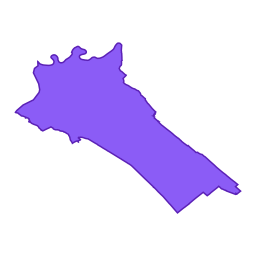 outline of Suharau, Botosani, Romania
{"feature_id": "2599482B9614672235504", "entity_name": "Suharau", "entity_type": "district", "adm_level": 2, "iso_a3": "ROU", "parent_name": "Romania", "parent_adm1": "Botosani", "projection": "equal_earth", "projection_center": [26.43, 48.129], "detail": "fine", "context": "isolated", "style": "filled", "palette": "violet", "viewbox_px": 256, "rotation_deg": 0, "n_neighbors": 0, "source": "geoboundaries", "source_scale": "gbopen_adm2", "svg_char_len": 5498}
<svg xmlns="http://www.w3.org/2000/svg" viewBox="0 0 256 256"><path d="M237.8,184.6L234.6,181.9L233.2,180.9L232.1,180.0L230.9,179.1L229.0,177.5L227.0,175.9L225.6,174.6L223.3,172.9L222.9,172.6L219.9,170.1L216.7,167.4L214.1,164.9L210.0,161.3L205.1,156.8L204.0,156.2L203.3,155.5L203.0,155.3L202.0,154.4L201.0,154.3L200.0,153.9L199.5,153.5L198.5,153.2L197.7,152.3L196.4,152.4L196.0,152.5L194.0,150.6L191.9,148.9L191.1,148.2L189.8,147.1L188.1,145.5L187.6,145.8L187.4,145.8L184.9,143.9L184.4,143.6L181.5,141.3L181.2,140.8L180.1,139.9L178.8,138.6L178.0,138.0L177.5,137.9L176.6,137.0L175.8,136.5L174.0,135.0L172.6,133.7L169.9,131.5L167.0,129.3L163.0,126.1L162.4,125.6L161.6,125.1L160.8,124.3L160.1,123.6L159.2,122.8L158.9,122.0L159.0,122.0L159.1,121.9L158.8,121.8L158.7,121.5L158.4,121.5L158.2,121.5L158.2,121.2L157.8,121.1L157.8,120.8L157.6,120.8L155.8,119.3L155.3,118.8L155.0,118.6L154.3,118.0L154.6,117.0L154.1,116.8L153.8,116.4L153.7,116.0L153.4,115.9L153.7,115.8L153.7,115.4L154.0,115.3L153.8,114.8L154.0,114.7L154.4,115.0L154.5,114.8L154.4,114.4L154.8,114.3L154.7,114.1L154.3,114.0L154.4,113.7L154.6,113.6L154.7,114.0L154.9,114.0L155.1,113.9L155.2,113.4L155.1,113.1L155.3,113.0L155.1,112.7L155.5,112.4L155.8,112.0L153.8,110.2L153.6,110.0L153.6,109.9L152.8,109.1L152.6,109.0L148.5,104.0L148.4,104.0L147.5,103.1L146.8,102.1L146.4,101.2L145.9,100.9L145.5,100.3L145.3,100.0L145.3,99.7L145.4,99.3L145.3,98.7L144.0,97.7L143.3,97.0L142.0,95.8L141.2,95.3L140.9,95.1L140.5,93.7L140.3,93.2L139.4,92.0L139.1,91.7L138.8,91.2L138.4,90.8L136.8,90.3L135.2,89.2L134.6,88.9L133.5,88.6L132.4,88.2L130.1,86.8L128.4,85.6L125.6,84.4L124.0,83.1L123.9,82.9L123.5,82.4L123.8,81.6L123.8,80.8L123.5,79.6L123.1,78.5L123.2,78.3L124.0,77.6L126.1,75.4L126.2,75.2L125.1,74.6L121.7,71.5L120.4,70.8L120.0,69.9L119.8,69.8L119.5,69.2L119.2,68.5L119.4,68.1L119.8,66.8L120.3,66.1L121.0,65.5L121.3,65.1L121.4,64.8L121.5,64.2L121.5,62.1L121.4,61.4L121.6,60.8L122.1,60.4L121.9,59.4L121.9,57.5L121.7,53.3L121.4,52.4L121.5,52.2L121.4,51.2L121.3,50.5L121.5,47.8L121.7,45.1L120.2,43.5L119.9,43.3L118.6,43.1L117.8,43.2L117.5,43.3L116.9,43.8L115.6,45.3L114.9,46.5L114.3,47.8L113.7,48.9L113.2,49.5L111.5,50.9L107.2,53.9L104.5,56.0L102.9,57.0L100.7,57.9L99.7,58.2L97.6,58.4L97.3,58.3L96.7,58.1L95.2,57.3L94.5,57.1L93.2,57.2L92.2,57.5L91.7,57.9L90.5,59.0L89.7,59.5L88.5,60.2L87.7,60.3L86.9,60.3L86.2,60.1L85.0,60.1L83.9,59.8L82.5,59.6L81.7,59.4L81.0,59.1L80.4,58.7L80.0,58.2L79.6,57.6L79.4,56.9L79.5,56.0L79.7,55.7L79.9,55.4L80.2,55.2L81.9,54.5L83.8,54.1L84.6,53.9L85.3,53.6L85.8,53.2L86.2,52.7L86.3,52.0L86.2,51.3L85.8,50.7L85.3,50.2L84.7,49.8L84.0,49.5L82.9,49.3L81.5,48.8L80.9,48.5L78.8,46.6L78.4,46.5L78.1,46.4L77.3,46.5L75.8,47.3L74.7,47.8L73.6,48.8L73.0,49.6L72.6,50.1L71.8,51.9L71.6,52.4L72.2,53.0L72.2,53.7L72.0,54.4L71.6,55.0L71.4,55.3L71.1,55.5L70.2,56.6L70.0,56.9L68.5,58.0L67.2,58.8L65.9,59.6L64.0,61.7L63.0,62.4L62.0,62.7L60.9,62.8L60.3,62.7L59.3,62.2L59.0,61.9L58.6,61.3L57.9,59.7L57.9,58.3L57.7,57.6L57.2,56.7L56.4,55.8L55.8,55.4L55.1,55.0L54.4,54.9L53.5,54.9L52.8,55.1L52.4,55.3L51.5,55.9L51.1,56.5L51.0,56.8L51.0,57.5L51.2,57.8L53.2,59.8L53.6,60.5L54.0,61.4L54.0,61.8L53.8,62.7L53.7,63.2L53.5,63.5L53.2,63.9L52.8,64.3L52.4,64.6L51.7,64.9L50.0,65.3L48.4,65.4L44.5,65.1L42.9,64.9L40.7,64.2L39.7,63.7L38.1,61.8L37.8,61.6L38.0,65.8L34.5,68.4L33.4,72.8L38.7,83.8L39.7,89.7L39.1,92.4L33.4,99.9L23.1,105.0L16.9,110.4L15.4,112.3L15.5,112.4L15.7,112.6L17.3,112.9L17.8,113.1L18.3,113.3L18.7,113.6L18.9,113.9L19.2,114.3L20.1,114.7L20.4,115.1L21.0,115.4L21.1,115.7L21.5,115.9L22.1,116.1L22.7,116.0L25.2,117.0L25.4,117.2L25.5,117.8L26.0,117.4L26.2,117.7L26.4,117.8L26.8,117.9L27.2,117.8L27.4,117.8L27.7,117.9L28.1,118.2L28.8,118.6L28.6,118.9L29.3,119.7L29.5,120.3L29.2,120.5L29.3,121.0L29.3,121.3L28.9,121.5L29.2,122.1L29.6,122.0L30.1,121.6L30.5,122.3L31.6,123.3L33.9,124.4L35.4,124.9L37.4,125.7L38.4,126.7L39.0,127.9L39.5,128.3L40.0,128.7L41.0,129.8L41.0,130.0L41.4,130.3L41.7,130.1L42.8,130.9L46.2,129.2L50.1,127.4L50.9,126.9L52.6,127.9L52.9,128.0L53.2,128.7L53.7,129.1L54.4,129.4L55.5,129.8L56.1,129.7L57.0,129.9L57.5,129.7L57.9,129.9L58.6,130.0L59.2,130.2L59.5,130.6L60.1,130.8L60.3,131.0L60.7,130.9L61.2,131.1L63.0,131.3L64.1,132.1L64.7,132.1L65.2,132.4L65.6,132.6L65.9,132.9L66.8,133.4L67.2,133.7L67.9,134.0L68.4,134.4L68.7,135.0L68.7,135.3L69.5,136.5L70.0,138.1L70.1,138.9L70.4,140.0L70.9,140.8L71.4,141.4L71.7,142.0L72.2,142.6L72.4,143.3L74.5,142.0L76.5,141.1L77.3,141.0L77.8,141.4L78.0,141.8L78.4,142.0L78.4,141.9L78.1,141.5L78.0,141.2L78.2,140.8L80.0,140.1L80.4,139.9L80.5,139.7L80.2,139.3L78.4,138.0L78.4,137.8L78.4,137.6L78.5,137.4L79.2,137.5L79.6,137.5L80.1,137.2L80.7,137.2L82.3,137.4L83.2,137.6L85.7,138.5L88.1,138.9L94.9,143.0L97.4,144.4L97.7,144.8L101.1,146.8L103.1,148.1L105.0,149.2L106.7,150.2L107.6,150.9L108.5,151.3L110.8,152.7L127.0,162.7L127.8,163.2L128.1,163.5L129.2,164.0L131.3,165.5L132.9,167.0L144.9,178.7L148.7,182.3L152.1,185.6L154.0,187.4L153.9,187.5L154.2,187.6L156.3,189.7L158.1,191.7L160.2,193.7L160.6,194.2L161.1,194.6L163.1,196.5L166.4,200.3L169.2,203.5L170.4,204.7L174.7,209.7L177.5,212.9L182.8,208.6L189.2,203.8L189.1,203.7L193.2,200.2L196.4,197.6L203.2,192.3L207.2,195.7L209.5,194.0L211.0,192.6L217.8,187.2L218.7,186.3L220.1,187.4L221.2,188.6L221.9,189.0L222.3,189.0L222.6,189.1L224.6,190.1L225.1,190.1L225.8,190.6L226.4,190.6L226.5,190.7L226.5,191.0L235.4,194.3L235.6,194.4L236.5,194.2L236.2,193.5L237.2,193.8L240.6,191.1L235.5,186.6L237.8,184.6Z" fill="#8b5cf6" stroke="#5b21b6" stroke-width="1.5"/></svg>